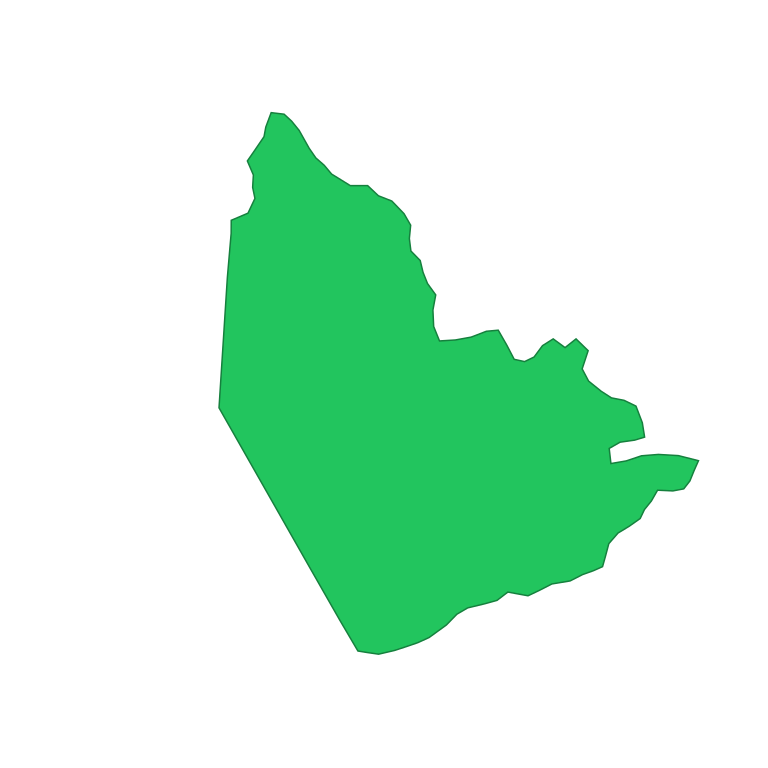 Macambira, Sergipe, Brazil, rotated 230°
{"feature_id": "56859067B25028992461332", "entity_name": "Macambira", "entity_type": "district", "adm_level": 2, "iso_a3": "BRA", "parent_name": "Brazil", "parent_adm1": "Sergipe", "projection": "albers", "projection_center": [-37.603, -10.661], "detail": "fine", "context": "isolated", "style": "filled", "palette": "green", "viewbox_px": 768, "rotation_deg": 230, "n_neighbors": 0, "source": "geoboundaries", "source_scale": "gbopen_adm2", "svg_char_len": 1371}
<svg xmlns="http://www.w3.org/2000/svg" viewBox="0 0 768 768"><g transform="rotate(230 384 384)"><path d="M664.4,472.0L656.8,458.6L650.6,451.1L646.3,435.9L642.7,422.7L628.1,418.3L619.1,409.8L609.1,404.4L602.3,389.6L607.6,372.2L597.6,363.7L566.4,332.6L471.8,242.3L290.9,209.1L231.3,198.3L196.2,192.4L188.9,198.7L180.5,206.2L173.1,220.8L168.4,232.5L164.1,243.7L160.8,255.6L159.3,276.9L160.8,291.9L158.7,304.2L150.7,320.3L145.6,331.5L145.0,345.1L129.2,358.2L126.2,369.7L122.9,384.1L113.5,400.0L110.4,413.5L106.3,424.6L103.6,434.0L109.4,442.5L117.2,453.6L119.4,467.5L117.4,480.5L116.3,493.8L120.4,502.8L122.5,513.6L126.8,525.3L116.4,536.6L111.0,546.2L113.1,556.0L118.4,566.0L123.1,575.6L139.9,563.5L153.7,548.9L163.5,535.1L169.4,520.1L177.2,506.7L189.9,515.1L187.7,527.4L179.9,539.9L175.8,549.5L188.3,557.0L205.1,562.8L217.2,557.4L227.2,549.3L238.9,545.7L254.7,542.6L268.2,545.5L278.3,561.8L295.1,560.1L295.5,546.1L309.8,542.6L311.5,530.1L308.2,516.3L310.8,506.1L319.2,499.6L334.6,503.0L351.8,506.1L358.6,496.3L363.9,480.9L371.9,466.9L381.3,454.2L396.1,459.0L409.2,469.0L419.0,480.9L433.0,481.9L444.5,485.7L455.3,491.1L468.6,490.1L479.1,496.9L488.5,506.5L501.6,508.8L519.1,507.6L531.8,500.7L546.5,499.0L557.6,485.7L578.5,478.8L590.0,478.8L601.0,477.1L612.7,478.2L632.8,482.0L644.7,482.2L654.9,480.9L664.4,472.0Z" fill="#22c55e" stroke="#15803d" stroke-width="1.5"/></g></svg>